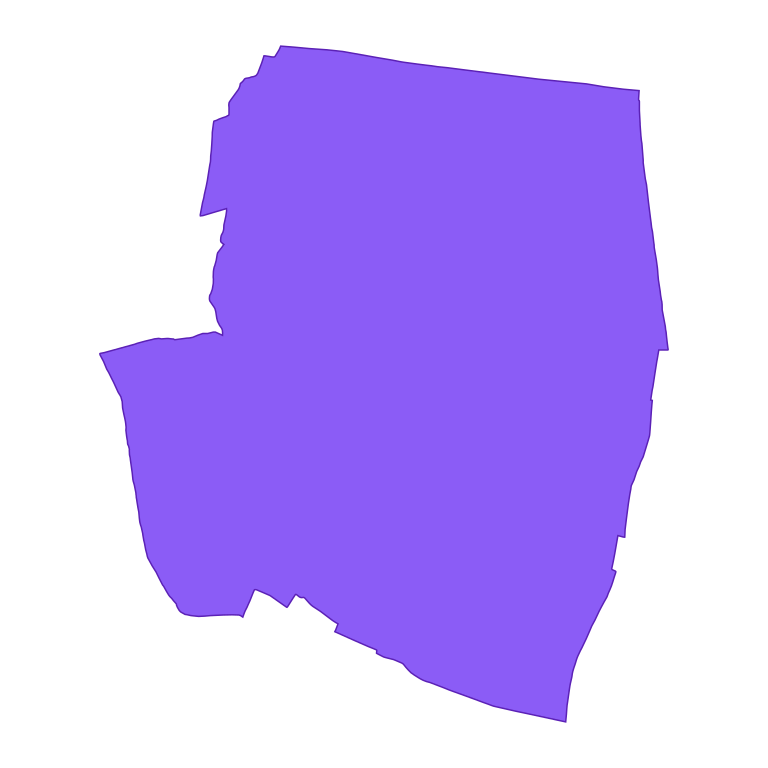 Prawet, Bangkok Metropolis, Thailand (Robinson projection)
{"feature_id": "78962969B62937206462024", "entity_name": "Prawet", "entity_type": "district", "adm_level": 2, "iso_a3": "THA", "parent_name": "Thailand", "parent_adm1": "Bangkok Metropolis", "projection": "robinson", "projection_center": [100.671, 13.697], "detail": "fine", "context": "isolated", "style": "filled", "palette": "violet", "viewbox_px": 768, "rotation_deg": 0, "n_neighbors": 0, "source": "geoboundaries", "source_scale": "gbopen_adm2", "svg_char_len": 6022}
<svg xmlns="http://www.w3.org/2000/svg" viewBox="0 0 768 768"><path d="M242.8,617.1L244.1,613.5L244.8,611.7L245.5,610.2L247.0,607.3L248.2,604.5L249.9,600.8L252.8,593.5L254.3,590.0L254.5,589.7L255.2,589.6L256.2,589.7L256.6,589.8L264.6,593.2L266.9,594.2L269.9,595.5L270.4,595.8L284.3,605.6L286.6,607.2L286.9,607.3L287.0,607.3L287.2,607.1L287.8,606.4L292.7,598.6L295.3,594.7L295.6,594.4L295.8,594.4L296.2,594.5L296.5,594.6L299.5,597.0L299.8,597.1L301.1,597.6L301.7,597.6L303.5,597.4L303.9,597.5L304.4,597.8L304.8,598.1L309.3,603.2L311.1,605.0L311.6,605.4L312.2,605.9L313.0,606.5L318.7,610.2L320.5,611.4L332.3,620.3L335.5,622.4L338.0,623.8L337.4,625.5L335.5,630.4L334.9,631.4L334.8,631.7L355.6,641.0L368.2,646.5L373.9,648.8L376.2,649.8L376.6,650.0L376.8,650.5L376.5,653.2L376.6,653.3L377.1,653.6L379.2,654.7L382.9,656.6L384.0,657.1L385.4,657.5L388.5,658.3L392.1,659.2L393.4,659.5L395.6,660.4L401.7,663.0L402.5,663.5L403.3,664.1L403.9,664.8L405.9,667.3L408.3,670.0L410.0,671.7L411.2,672.9L412.3,673.6L414.2,675.0L418.8,677.9L420.5,678.9L423.0,680.2L424.5,680.8L426.6,681.6L429.7,682.4L431.3,683.0L443.6,687.7L449.0,689.9L454.2,691.8L474.9,699.3L483.2,702.4L488.0,704.1L491.7,705.5L493.4,706.1L495.5,706.6L505.2,708.8L516.2,711.3L526.7,713.5L527.6,713.7L565.7,721.9L566.4,714.4L566.8,708.6L567.1,705.1L567.5,702.6L569.4,689.3L569.9,686.0L570.3,683.8L571.6,678.1L571.9,676.7L572.3,673.7L572.8,671.4L573.8,668.0L575.2,663.9L576.5,659.6L577.2,657.6L578.0,655.7L580.3,650.8L582.0,647.6L583.9,643.6L586.3,638.6L589.8,630.6L591.8,625.9L594.9,620.2L599.1,611.3L601.4,606.9L604.0,602.1L606.1,598.4L606.8,597.2L607.3,596.0L608.3,593.2L609.8,589.9L610.7,587.7L611.4,586.0L612.1,583.9L612.8,581.8L614.2,577.2L615.7,572.6L615.8,572.0L615.8,571.5L615.6,571.3L615.4,571.1L612.1,569.6L611.9,569.3L611.8,569.1L611.7,568.8L613.3,561.3L614.8,553.4L617.9,535.6L622.7,536.9L623.1,537.0L624.7,537.2L624.8,536.5L625.1,529.5L626.5,518.1L628.4,503.5L629.8,494.4L630.8,489.1L631.0,487.3L631.3,485.6L634.0,479.8L636.2,473.0L636.7,471.5L637.4,470.0L639.1,466.4L640.4,462.7L640.5,462.2L643.2,456.8L648.2,440.4L649.5,435.8L649.7,434.3L649.9,432.1L650.6,422.6L651.3,412.0L651.9,404.5L652.3,400.4L650.7,400.0L652.2,390.1L652.9,386.8L655.0,372.9L656.8,361.4L657.4,358.3L658.8,350.0L667.6,350.0L667.9,349.9L668.1,349.8L668.1,349.6L668.1,349.2L667.8,347.3L667.1,341.7L666.5,336.3L666.1,332.1L665.6,329.5L665.3,326.4L662.2,309.9L662.1,304.5L661.8,301.6L661.4,300.0L660.6,295.2L660.2,291.5L658.4,279.8L657.9,274.3L657.6,270.0L657.4,267.9L656.3,259.7L655.6,255.6L655.0,252.2L654.2,247.3L654.1,244.8L653.8,242.8L652.5,231.9L652.2,230.3L651.6,227.5L651.4,225.6L651.0,222.1L650.8,220.8L648.5,202.5L646.5,184.7L645.3,178.8L643.2,162.7L643.2,160.1L641.9,143.6L641.4,140.5L640.9,135.7L640.1,124.7L640.1,123.5L639.4,110.5L639.4,102.1L639.4,101.5L639.2,100.6L638.8,100.3L638.6,99.7L638.6,98.7L639.1,90.6L623.3,89.2L604.0,86.8L586.6,83.9L538.9,79.2L464.5,69.9L447.4,67.7L437.5,66.7L431.5,65.8L427.1,65.3L417.5,64.1L404.1,62.3L401.5,61.9L392.1,60.1L376.6,57.5L368.8,56.1L342.8,51.5L336.5,50.8L326.8,49.8L309.7,48.6L293.5,47.1L280.7,46.1L279.3,49.4L278.1,51.5L275.3,56.0L275.0,56.5L274.6,56.8L273.6,57.0L271.7,56.9L269.4,56.5L265.4,55.9L264.0,55.8L263.9,55.9L263.8,56.1L263.6,57.1L261.8,62.7L258.1,72.4L257.8,73.2L256.5,75.1L255.9,75.6L255.2,76.0L253.6,76.6L251.2,77.0L249.8,77.6L248.1,78.0L247.9,78.0L245.9,78.3L244.6,78.9L244.4,79.2L243.2,80.9L241.8,82.3L240.5,83.4L240.3,83.7L239.9,85.9L239.2,87.9L238.6,89.1L238.1,89.9L230.8,99.9L229.3,102.2L229.0,103.0L228.8,105.1L229.0,107.5L229.0,114.3L228.6,115.4L227.6,115.7L226.3,116.5L225.9,116.7L222.8,117.7L219.0,119.1L217.0,120.1L215.8,120.6L215.2,120.7L213.9,121.2L213.8,121.5L213.4,123.8L212.3,132.3L212.2,136.8L211.8,143.8L211.3,150.9L210.7,156.0L210.6,159.5L210.4,162.0L209.8,164.9L207.3,180.8L206.2,186.4L204.3,194.8L203.9,197.3L203.3,199.8L202.6,202.3L200.2,215.1L200.4,215.9L202.9,215.6L211.0,213.2L211.6,213.0L226.5,208.6L226.6,210.8L225.9,215.8L223.9,225.0L223.7,229.1L223.4,230.6L222.8,232.5L221.5,234.9L221.2,235.7L220.8,237.6L220.6,240.3L220.8,241.6L221.0,242.0L222.9,243.8L223.5,244.0L223.9,244.5L223.5,244.8L222.6,246.3L217.7,252.7L217.2,254.4L216.2,260.5L214.7,265.9L214.2,267.0L213.6,269.9L213.4,271.6L213.2,277.1L213.4,279.1L213.3,283.4L212.3,289.3L210.7,293.8L209.9,295.0L209.6,295.9L209.4,298.3L209.5,299.9L209.9,301.1L214.3,307.5L215.0,308.8L215.8,311.9L216.8,318.4L217.6,321.4L219.6,325.4L221.3,327.8L221.9,328.9L222.4,330.4L222.6,333.1L222.5,335.3L215.4,332.1L213.2,332.1L207.7,333.5L202.8,333.5L197.8,335.2L192.8,337.3L189.2,338.0L187.0,338.1L180.2,339.0L175.0,339.7L174.4,339.6L173.5,339.0L171.9,338.9L168.3,338.5L166.7,338.5L161.4,338.9L160.0,338.6L158.6,338.4L154.3,338.9L151.8,339.6L150.4,339.9L145.3,341.1L137.2,343.3L134.8,344.2L104.3,352.6L100.2,353.4L99.9,353.6L99.9,354.2L100.1,355.0L100.5,355.7L103.6,361.6L106.7,369.1L108.7,372.5L110.2,375.5L111.3,377.8L113.5,382.1L117.9,391.7L118.4,392.7L118.9,393.4L119.2,394.0L120.0,395.2L120.9,396.9L121.7,399.8L122.2,401.6L122.6,408.0L123.1,410.5L123.8,414.0L124.8,418.4L125.5,421.9L125.5,422.1L125.7,423.5L126.1,427.4L125.9,430.3L126.6,436.1L127.1,439.3L127.4,440.7L127.6,443.6L127.7,444.2L127.9,444.7L128.5,445.9L129.2,448.5L129.3,449.1L129.4,449.8L129.3,450.0L129.3,450.5L129.5,454.9L130.2,457.9L130.4,459.9L131.6,468.5L132.2,472.8L132.9,479.6L133.3,481.5L134.3,484.9L135.7,491.9L135.9,492.9L136.0,494.5L136.2,495.7L136.3,497.6L136.6,499.1L137.0,501.8L138.0,508.0L138.8,512.1L139.3,517.9L139.7,521.3L139.9,522.5L140.7,525.5L141.2,526.8L142.7,533.5L142.9,535.2L143.8,540.5L144.4,542.8L145.7,549.8L146.8,553.9L147.3,556.3L147.8,557.9L152.2,565.9L156.1,572.1L159.1,578.2L162.6,585.0L163.6,586.2L166.5,591.4L168.6,594.9L169.8,596.5L171.7,598.4L173.4,600.6L175.0,602.4L176.4,604.0L176.5,605.1L177.4,607.3L179.2,610.4L180.6,611.9L182.3,612.9L183.1,613.3L185.0,614.4L187.0,614.7L190.5,615.5L191.9,615.7L198.6,616.4L204.9,616.1L210.4,615.6L223.1,615.0L232.0,614.8L238.8,615.0L240.4,615.5L242.8,617.1Z" fill="#8b5cf6" stroke="#5b21b6" stroke-width="1.5"/></svg>